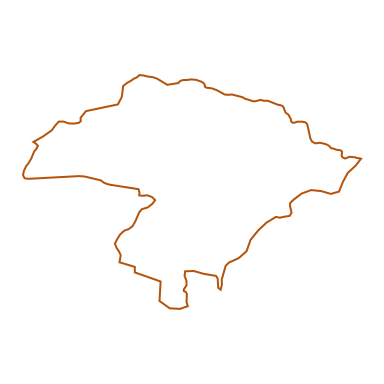 outline of Iringa
{"feature_id": "TZA-3386", "entity_name": "Iringa", "entity_type": "Region", "adm_level": 1, "iso_a3": "TZA", "parent_name": "United Republic of Tanzania", "parent_adm1": "", "projection": "albers", "projection_center": [35.62, -7.961], "detail": "fine", "context": "isolated", "style": "outline", "palette": "amber", "viewbox_px": 384, "rotation_deg": 0, "n_neighbors": 0, "source": "natural_earth", "source_scale": "10m", "svg_char_len": 2443}
<svg xmlns="http://www.w3.org/2000/svg" viewBox="0 0 384 384"><path d="M308.0,127.6L310.4,138.6L312.2,141.8L315.4,143.3L316.9,143.2L319.3,142.8L320.7,142.9L325.6,144.1L327.9,145.1L329.8,146.6L330.8,147.9L331.2,148.2L333.7,148.7L335.9,149.6L338.7,150.0L340.3,150.3L341.1,150.7L341.7,151.2L342.0,151.6L342.1,152.0L341.6,155.4L341.9,156.5L342.7,157.5L344.7,158.4L346.3,158.2L347.8,157.4L349.3,156.9L350.2,156.8L355.6,157.4L357.2,158.1L357.6,158.1L358.7,158.1L361.0,158.7L355.6,165.7L347.8,172.8L342.9,181.9L339.0,191.6L330.8,193.9L321.3,191.1L311.1,190.1L301.6,193.6L293.7,199.6L290.3,202.8L290.1,204.0L290.1,205.4L290.2,207.3L290.8,209.1L291.5,212.7L289.6,215.9L283.4,216.9L279.9,217.7L275.9,216.9L266.4,222.7L258.1,230.5L250.6,239.8L246.6,251.1L238.9,258.0L228.9,262.6L225.7,265.7L221.7,279.6L221.9,284.8L220.6,289.7L218.2,287.7L217.7,278.5L216.0,275.9L203.6,273.8L193.8,271.0L185.1,271.3L184.6,276.1L186.4,280.5L186.5,285.3L183.8,289.4L183.9,291.1L185.9,292.0L186.9,294.2L186.5,302.0L187.8,306.2L179.9,308.9L169.7,308.3L159.5,301.0L160.6,281.5L134.8,272.4L134.8,266.9L119.5,262.3L120.7,255.2L119.0,251.5L116.7,248.1L114.9,243.7L117.2,239.1L120.2,234.4L124.2,230.7L128.7,229.1L132.5,226.2L135.3,221.4L139.2,212.4L141.8,209.2L147.8,207.4L152.5,203.7L155.1,200.1L152.1,197.1L147.2,195.3L142.0,195.8L139.2,195.3L139.5,192.5L138.5,189.2L109.2,184.6L104.6,183.1L100.6,180.3L84.6,176.5L79.0,176.1L28.8,178.8L24.6,178.3L23.0,175.1L24.0,170.6L25.9,166.6L28.8,162.7L31.3,158.4L34.2,151.4L36.4,148.8L37.9,145.8L36.1,143.8L33.4,141.9L42.8,136.6L51.7,130.4L55.1,125.7L58.7,121.6L63.7,121.6L68.6,123.4L73.6,123.6L78.7,122.9L80.8,121.1L80.6,117.7L86.0,111.1L117.9,104.4L121.9,96.7L123.1,86.1L127.1,82.9L131.7,80.3L133.6,78.8L135.7,78.0L137.7,76.7L139.3,75.1L143.5,75.5L148.0,76.6L152.5,77.1L156.8,78.5L167.3,84.8L178.2,83.1L180.5,80.8L183.5,80.0L187.2,80.0L190.8,79.4L196.0,79.8L201.1,81.6L203.5,82.9L204.9,85.1L204.9,86.8L206.4,87.7L211.7,88.3L216.9,90.2L224.6,94.5L228.4,94.8L231.9,94.5L241.4,96.9L242.5,97.2L244.4,98.4L246.1,99.1L247.9,99.5L252.2,101.0L254.5,101.4L260.7,99.9L262.3,100.3L263.2,100.7L264.4,100.8L266.8,100.7L268.2,100.9L278.0,104.8L280.1,105.1L282.6,106.0L283.9,108.0L284.6,110.4L285.6,112.6L286.2,113.1L287.8,114.2L288.7,115.0L289.9,117.5L290.5,118.3L290.9,119.2L291.2,121.3L291.6,122.1L292.9,122.8L294.4,122.7L297.3,121.7L302.3,121.7L304.9,122.2L306.7,123.4L307.4,125.0L308.0,127.6Z" fill="none" stroke="#b45309" stroke-width="2"/></svg>